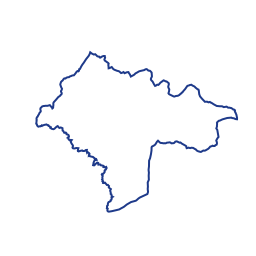 the district of Butere, Western, Kenya, rotated 217°
{"feature_id": "3690345B46700738933790", "entity_name": "Butere", "entity_type": "district", "adm_level": 2, "iso_a3": "KEN", "parent_name": "Kenya", "parent_adm1": "Western", "projection": "robinson", "projection_center": [34.522, 0.227], "detail": "fine", "context": "isolated", "style": "outline", "palette": "blue", "viewbox_px": 256, "rotation_deg": 217, "n_neighbors": 0, "source": "geoboundaries", "source_scale": "gbopen_adm2", "svg_char_len": 5782}
<svg xmlns="http://www.w3.org/2000/svg" viewBox="0 0 256 256"><g transform="rotate(217 128 128)"><path d="M96.6,51.2L95.7,51.4L95.1,50.0L94.3,49.4L93.4,49.4L92.6,50.0L90.8,51.9L88.2,55.0L86.0,57.7L85.2,59.6L84.4,61.3L83.8,62.7L82.9,66.2L81.0,70.7L78.0,74.6L77.7,75.6L77.2,78.1L76.6,79.8L72.8,86.9L73.4,88.7L74.0,89.6L74.8,90.3L75.8,91.5L76.7,93.0L79.5,96.4L80.2,99.2L82.8,102.4L84.5,105.0L85.8,106.3L86.6,107.3L88.1,109.9L91.5,114.6L92.2,117.2L93.9,120.9L95.7,124.2L97.5,126.7L97.7,127.5L96.7,129.7L96.4,130.6L96.3,131.6L96.6,134.5L96.4,135.9L93.8,135.6L93.0,135.7L91.4,136.7L90.6,137.0L89.9,137.7L89.2,138.0L88.5,138.8L88.1,139.7L87.3,140.4L86.0,141.7L85.1,141.9L84.1,141.9L82.6,143.2L82.1,144.0L82.0,145.6L81.0,146.7L78.0,147.3L77.4,148.0L76.7,148.0L75.9,147.9L71.4,148.5L70.5,148.5L69.9,147.8L69.0,147.2L68.3,148.0L67.8,148.8L66.8,149.1L66.1,149.5L65.6,150.3L64.0,151.3L61.8,151.5L61.1,151.7L59.6,151.4L58.8,151.5L57.7,151.7L56.9,152.1L55.9,152.4L55.3,152.9L54.3,155.3L53.4,155.8L52.7,156.6L52.2,157.8L51.4,159.7L51.2,161.0L51.1,162.7L50.1,164.0L49.9,164.7L48.8,165.1L47.9,165.8L47.9,166.8L47.2,168.0L47.6,169.1L48.1,169.7L48.7,170.3L49.9,171.0L50.2,172.1L50.4,174.3L50.3,175.3L55.1,179.8L55.7,180.3L57.2,180.8L57.9,182.8L58.6,183.7L59.2,184.8L60.1,185.7L60.2,186.8L59.7,188.6L59.1,189.2L57.8,191.7L54.8,195.7L51.7,198.5L50.8,198.6L50.0,199.1L48.9,199.6L48.0,199.7L47.0,200.1L46.2,200.6L47.0,201.7L49.5,203.9L50.7,204.5L51.5,205.1L52.1,205.2L52.7,205.6L53.2,206.5L54.2,206.6L54.9,206.1L55.6,206.2L57.5,206.1L58.2,205.7L59.1,205.4L60.3,204.5L62.1,204.4L64.1,202.3L65.8,202.0L66.6,201.5L67.8,200.6L70.4,199.0L73.9,198.5L75.8,198.4L76.8,198.3L77.4,198.0L78.3,198.1L78.8,197.5L79.2,196.9L80.7,196.6L82.4,195.2L83.4,195.4L86.5,195.9L89.5,196.6L90.4,197.2L91.4,197.8L94.2,200.7L94.9,201.1L95.6,200.8L98.6,200.9L99.4,201.1L100.2,201.1L102.0,200.7L103.4,200.7L104.5,199.5L105.0,198.6L105.9,197.4L105.9,196.1L105.8,193.3L106.0,191.2L106.0,189.3L106.4,188.5L106.2,187.8L106.6,186.9L106.8,186.0L106.8,185.3L107.2,184.6L107.6,183.7L109.0,182.4L109.8,181.1L110.5,180.7L115.1,179.8L115.8,179.8L116.6,180.1L117.3,182.0L118.3,183.7L120.1,184.6L120.8,185.3L121.8,187.7L122.5,188.3L125.2,188.4L126.0,187.9L127.5,187.7L128.3,187.4L128.8,185.6L129.4,183.7L129.5,181.6L129.7,180.7L130.5,180.4L130.9,179.9L131.1,178.9L131.7,177.9L133.6,178.6L136.3,179.9L138.3,180.2L139.2,180.8L139.6,181.9L139.7,182.8L140.0,183.7L142.5,186.5L143.3,186.7L144.8,186.9L145.5,186.6L146.3,186.1L148.1,186.3L148.9,186.0L149.6,184.9L149.9,184.0L152.6,180.8L153.3,179.8L154.2,177.6L154.9,176.1L155.1,174.5L155.4,173.6L156.7,170.8L158.3,171.7L159.5,172.2L160.4,172.4L161.3,172.9L162.4,171.9L163.7,169.7L164.6,169.8L165.2,170.0L166.1,168.3L166.6,167.7L168.7,167.9L169.6,167.8L171.2,167.1L174.1,166.3L175.9,166.3L176.7,166.7L177.7,166.9L178.8,164.7L179.4,164.0L180.9,165.8L181.5,166.3L181.9,166.9L182.1,167.7L182.8,168.0L187.2,167.9L188.1,168.5L188.6,170.4L189.2,170.8L189.8,171.5L190.5,171.1L191.0,170.6L191.6,169.7L192.0,168.9L192.3,167.7L193.0,167.3L193.8,167.7L194.7,167.2L195.7,166.8L197.3,167.1L198.6,167.2L199.5,166.1L201.6,165.7L203.7,165.7L203.1,163.9L202.8,162.0L202.9,157.7L202.6,153.5L202.6,151.2L202.4,149.1L201.9,146.2L202.4,145.5L201.9,144.8L201.6,144.1L201.8,143.3L202.6,143.1L202.9,142.0L202.8,140.2L202.9,137.6L204.2,136.3L204.6,135.4L205.4,134.3L205.7,133.1L206.5,132.4L207.1,131.7L207.5,131.0L207.7,129.9L208.7,129.3L208.9,128.3L208.8,126.6L209.1,125.6L209.2,124.5L208.6,122.7L208.2,121.9L205.8,120.3L204.3,119.6L203.9,118.5L203.8,117.4L203.5,116.8L202.8,116.4L202.1,116.1L201.6,115.5L201.4,114.7L201.7,113.9L201.6,113.0L202.0,111.6L202.3,110.9L202.5,107.2L202.8,104.0L202.6,102.9L201.3,101.3L200.9,100.4L200.3,99.7L200.0,98.8L200.2,98.1L200.9,98.5L204.2,99.2L205.6,97.3L207.4,96.0L208.0,95.3L208.8,94.6L209.5,93.6L209.8,91.3L209.4,90.3L207.8,89.0L207.6,87.9L207.8,87.0L207.4,85.3L207.3,83.7L207.0,82.8L207.2,81.8L206.9,80.7L206.3,79.9L205.7,79.5L205.5,78.8L204.9,78.1L203.9,76.2L203.2,76.2L202.0,75.3L201.2,75.1L200.4,75.1L199.8,76.0L199.1,76.4L198.9,77.1L198.1,77.6L198.4,78.3L197.5,78.8L196.8,80.0L195.2,81.8L194.4,81.8L193.3,82.3L192.7,81.8L191.8,82.1L190.9,82.0L190.4,81.5L189.9,82.0L189.5,81.4L188.6,81.4L187.6,81.8L186.8,82.2L186.3,83.1L185.8,86.2L185.3,87.2L184.6,87.1L183.7,86.7L182.6,86.9L182.2,87.8L181.3,88.2L180.2,88.4L178.7,86.6L177.7,86.6L176.1,85.8L175.4,86.2L175.0,86.9L174.1,86.8L173.3,86.0L172.5,86.4L171.4,86.6L170.5,86.1L170.0,85.6L170.2,84.7L170.3,83.9L169.4,84.1L168.8,83.3L168.0,83.1L167.1,83.2L166.5,84.1L165.7,84.5L165.6,82.7L164.7,82.1L163.4,81.5L162.2,81.2L161.1,80.6L160.8,79.6L160.5,78.9L159.8,78.7L158.7,79.2L157.9,80.0L157.4,80.8L155.5,82.0L154.6,79.9L154.1,79.4L153.3,79.6L152.6,80.7L151.1,82.5L150.2,82.5L148.9,83.5L148.4,85.1L147.7,85.7L147.3,84.8L146.6,84.2L145.8,83.6L145.7,84.5L144.9,84.4L144.1,84.5L143.2,84.2L143.1,83.1L142.6,82.3L142.3,83.0L141.5,82.5L140.0,83.1L138.6,83.8L137.8,83.7L137.2,83.8L136.5,83.5L134.8,84.1L133.9,83.6L134.5,83.0L135.3,83.0L135.2,81.9L134.7,79.7L134.3,79.1L133.5,77.3L132.6,77.7L132.3,78.7L132.3,79.8L132.0,80.7L131.8,81.9L130.8,82.2L130.2,81.4L129.6,80.9L128.8,81.8L128.1,82.2L127.4,81.8L125.9,82.6L124.9,83.0L124.2,82.9L124.1,82.1L123.4,82.3L122.6,82.8L122.0,83.8L121.0,83.2L120.8,82.1L120.7,81.3L121.1,80.4L120.9,79.5L120.2,79.0L120.1,77.9L120.3,76.2L121.0,75.9L121.0,75.1L120.3,74.7L119.3,74.5L118.9,73.2L118.0,72.4L117.7,71.2L116.7,71.1L116.3,70.0L115.5,70.2L114.9,69.1L114.1,69.5L113.4,70.5L110.6,69.8L109.8,70.5L109.0,70.2L108.2,70.2L107.6,69.0L106.4,68.8L105.6,68.9L104.9,68.9L104.5,67.1L103.2,66.3L102.1,64.9L101.3,65.0L100.7,64.4L100.0,63.8L98.8,63.9L99.4,62.6L98.4,61.7L98.1,60.5L98.4,59.8L97.9,59.0L98.9,57.1L98.8,56.2L98.4,55.2L97.6,54.1L97.8,53.0L97.1,52.2L96.6,51.2Z" fill="none" stroke="#1e3a8a" stroke-width="2"/></g></svg>